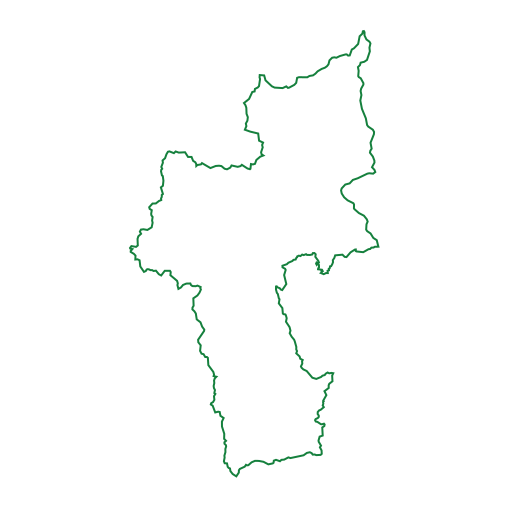 Li, Lamphun, Thailand (orthographic projection), rotated 177°
{"feature_id": "78962969B62404267117906", "entity_name": "Li", "entity_type": "district", "adm_level": 2, "iso_a3": "THA", "parent_name": "Thailand", "parent_adm1": "Lamphun", "projection": "orthographic", "projection_center": [98.889, 17.796], "detail": "fine", "context": "isolated", "style": "outline", "palette": "green", "viewbox_px": 512, "rotation_deg": 177, "n_neighbors": 0, "source": "geoboundaries", "source_scale": "gbopen_adm2", "svg_char_len": 6075}
<svg xmlns="http://www.w3.org/2000/svg" viewBox="0 0 512 512"><g transform="rotate(177 256 256)"><path d="M201.9,54.0L200.7,55.0L200.7,58.4L202.2,61.6L201.0,63.2L203.1,67.2L203.2,68.5L201.9,72.3L198.8,73.2L198.8,81.3L196.7,82.6L196.3,84.2L196.9,85.0L198.9,84.5L200.1,84.7L203.3,87.1L205.0,87.6L205.6,89.0L205.0,90.0L202.7,91.0L201.7,92.1L201.7,93.4L202.7,95.0L202.5,97.0L200.9,98.6L199.5,99.0L196.2,101.5L197.2,103.3L196.5,105.0L196.7,106.7L196.0,107.4L196.4,108.1L193.0,113.4L194.7,117.4L190.3,120.4L190.2,123.1L189.5,124.6L186.2,126.9L186.2,132.6L185.0,134.9L186.7,135.3L189.0,135.0L190.6,135.9L192.6,134.8L193.6,133.5L195.9,133.0L197.3,131.8L202.2,130.1L206.1,131.5L211.4,138.5L214.7,140.3L216.4,142.1L216.9,143.4L215.4,146.1L215.5,148.4L214.8,149.7L217.2,151.1L217.7,153.4L220.9,156.7L220.0,158.9L220.7,160.6L220.5,163.1L221.7,168.5L222.3,170.4L224.6,173.5L226.4,177.1L225.5,179.6L226.2,183.2L229.5,188.8L228.6,192.3L229.3,195.3L229.7,196.1L231.6,196.5L232.2,197.2L232.4,202.6L235.7,207.5L234.8,211.6L235.4,212.5L236.2,216.9L237.1,218.2L237.8,221.5L237.6,224.5L236.9,224.6L236.2,223.6L234.0,222.6L233.0,221.2L231.6,220.6L227.2,226.4L228.9,235.5L227.1,240.5L227.6,241.7L230.1,243.3L230.1,244.9L225.6,246.2L224.0,247.6L219.9,249.1L218.8,250.2L216.6,250.4L215.8,252.1L215.0,252.6L214.9,253.4L213.2,254.1L211.6,253.6L209.8,255.0L208.3,254.4L205.9,255.2L205.0,254.4L202.1,254.2L199.7,254.6L199.1,255.9L197.5,255.9L196.3,254.6L196.8,252.1L194.0,247.8L193.5,246.2L194.2,245.7L195.8,246.4L196.4,245.2L195.8,244.0L194.9,245.3L193.6,243.7L193.7,241.3L194.5,240.5L194.7,239.5L190.8,238.8L190.2,237.5L191.4,237.2L191.2,236.3L192.1,235.6L189.3,234.3L187.0,235.3L185.2,235.2L185.3,237.5L183.9,237.9L184.0,239.4L183.1,239.8L182.6,241.8L181.5,241.9L180.3,243.8L179.4,245.8L179.5,247.8L177.9,249.9L176.9,252.5L169.6,252.8L167.5,250.5L165.7,250.2L161.4,254.7L156.8,257.3L156.0,257.3L156.1,255.7L155.5,255.3L148.7,254.2L143.3,256.9L141.7,257.0L140.3,258.3L138.1,258.3L136.9,259.0L133.3,258.9L134.6,265.5L137.9,267.9L140.4,272.5L143.7,275.0L144.6,276.6L144.0,281.9L142.7,284.5L143.4,286.8L146.1,290.6L151.0,293.5L155.3,297.7L155.7,298.5L155.4,302.3L156.0,303.6L161.6,306.8L164.9,310.0L167.1,313.9L167.6,317.0L166.9,319.0L163.1,322.7L158.7,323.6L155.3,326.9L150.3,328.3L140.5,332.4L138.6,332.7L134.7,332.1L132.5,333.6L133.2,335.8L135.5,338.6L132.8,343.1L132.8,345.1L134.1,349.2L136.8,353.2L136.3,355.2L134.9,357.1L135.7,363.1L131.9,371.4L131.6,373.7L132.7,376.0L137.2,379.4L138.2,381.0L139.1,387.7L142.5,397.4L143.7,405.8L142.3,411.2L142.9,415.3L142.2,417.7L139.8,421.5L139.7,423.0L142.1,428.0L144.0,429.3L144.5,430.3L143.8,435.5L144.3,439.3L142.2,441.2L141.4,443.6L137.7,444.3L134.9,446.0L131.6,454.4L131.8,458.1L130.6,462.3L131.5,464.1L134.4,466.5L136.1,470.6L135.9,473.8L136.5,475.0L137.5,474.8L138.1,472.5L141.0,470.0L142.9,462.4L147.4,458.2L149.5,457.2L151.9,451.4L153.5,451.3L154.9,452.6L156.1,452.6L161.8,451.3L165.3,449.8L167.4,450.3L169.6,450.0L172.4,447.5L173.6,443.6L175.2,441.8L177.4,440.4L180.6,439.4L184.8,437.2L187.1,435.0L189.6,433.4L193.2,433.0L195.4,431.8L203.8,432.3L205.6,431.8L206.8,426.8L208.8,424.9L214.1,422.4L215.3,422.2L216.9,423.8L220.6,422.3L228.6,423.2L231.2,424.6L237.3,430.9L238.4,435.9L242.8,436.5L243.1,434.2L242.7,432.5L244.1,425.5L245.4,424.2L248.3,422.9L248.8,420.4L251.1,420.0L254.7,413.2L260.0,409.4L258.6,407.1L257.9,404.5L258.0,398.5L256.9,395.1L257.5,391.6L259.2,388.8L258.8,386.2L260.5,382.7L255.2,380.5L247.4,378.2L246.9,371.0L243.0,368.9L244.1,366.5L243.6,364.2L245.5,359.3L245.1,357.3L243.4,356.0L246.5,355.0L250.6,351.9L252.2,348.1L254.3,347.6L256.2,348.1L257.0,343.4L257.5,343.0L259.9,343.8L265.4,347.8L266.7,346.6L269.6,346.0L275.7,347.7L277.1,345.6L280.4,344.1L282.8,344.8L285.8,347.6L288.2,348.1L291.5,348.0L296.9,346.2L305.1,351.6L306.1,350.4L309.8,349.9L310.9,349.0L310.9,351.1L311.7,352.8L313.8,354.3L315.2,358.3L318.7,358.5L321.4,363.3L327.7,363.3L330.8,364.6L332.6,363.0L337.0,365.0L338.5,364.7L340.1,362.3L341.7,358.4L344.3,356.3L344.1,354.0L345.9,349.9L345.1,348.0L346.1,347.0L346.4,345.5L345.7,341.4L344.9,340.7L344.5,336.0L345.3,331.0L347.4,329.5L345.7,322.8L346.9,321.9L347.0,319.9L347.8,318.5L347.7,316.8L349.9,316.1L353.3,313.7L356.6,313.8L360.1,310.3L359.7,308.6L357.7,307.2L358.5,303.5L358.3,302.0L357.2,300.4L357.9,296.9L357.5,294.6L358.7,290.1L363.1,287.7L367.0,288.6L369.5,288.4L370.7,286.4L369.6,284.2L372.5,281.8L373.4,279.3L373.5,272.7L375.3,271.4L379.9,272.4L381.4,270.6L381.2,270.0L379.1,269.4L380.9,267.5L380.9,266.6L377.9,264.6L376.3,262.7L376.7,258.8L374.5,258.9L372.5,257.8L372.1,251.6L368.7,246.0L366.8,246.8L365.9,248.2L365.1,248.5L363.7,248.3L362.1,247.4L360.4,247.3L359.1,246.4L356.7,246.6L354.0,242.9L351.7,241.5L347.9,246.0L342.7,245.7L342.0,244.4L342.5,241.3L336.1,235.3L335.5,232.8L336.0,231.1L335.2,227.2L332.6,228.5L330.4,230.9L327.0,232.1L323.0,232.0L322.5,230.5L321.1,229.3L317.8,229.0L316.0,229.5L312.9,227.9L313.3,226.9L312.8,225.4L314.4,222.3L316.6,219.6L320.8,217.0L320.9,209.6L322.1,207.8L322.3,206.0L320.4,204.0L319.1,201.7L318.5,195.8L314.9,192.7L313.5,188.3L311.5,185.2L311.8,183.8L318.2,175.4L318.1,172.8L315.9,169.7L316.8,164.2L315.5,161.3L313.5,160.7L312.0,157.8L310.3,157.7L309.4,156.8L309.3,149.5L304.7,142.5L304.1,139.8L304.6,138.3L301.9,137.5L303.6,135.9L304.4,133.9L304.3,131.3L305.1,128.4L304.9,126.3L304.0,124.3L304.8,121.3L303.8,120.4L305.3,118.2L305.1,114.6L306.5,112.4L308.5,111.3L308.9,110.1L307.1,108.8L304.9,101.9L301.9,102.5L300.4,102.1L299.9,98.3L296.8,95.9L298.7,92.4L298.9,87.5L297.0,80.1L297.4,75.1L295.6,73.0L297.3,71.6L297.3,70.2L295.9,68.6L295.8,67.3L296.7,64.9L296.8,61.7L298.0,58.3L297.9,56.3L298.8,52.7L298.1,50.7L295.8,50.4L295.3,47.0L294.4,45.8L293.1,45.2L292.8,42.5L290.7,39.5L287.2,37.0L284.5,40.6L284.3,42.9L283.3,44.2L278.3,46.2L276.9,48.0L276.0,47.4L274.6,47.5L271.2,50.2L267.7,51.5L263.8,51.2L259.3,50.1L254.6,47.3L250.1,48.0L249.3,48.6L248.9,50.7L246.7,51.4L242.8,49.8L241.3,51.1L238.5,51.2L234.2,53.2L232.2,52.4L218.9,54.5L215.5,56.7L212.5,57.2L210.7,56.2L209.8,54.7L207.7,54.7L206.3,54.0L201.9,54.0Z" fill="none" stroke="#15803d" stroke-width="2"/></g></svg>